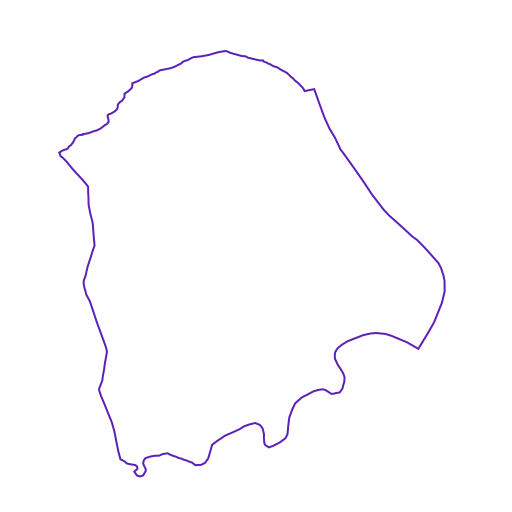 Oussouye, Ziguinchor, Senegal, rotated 84°
{"feature_id": "50182788B11051302290888", "entity_name": "Oussouye", "entity_type": "district", "adm_level": 2, "iso_a3": "SEN", "parent_name": "Senegal", "parent_adm1": "Ziguinchor", "projection": "mercator", "projection_center": [-16.597, 12.494], "detail": "fine", "context": "isolated", "style": "outline", "palette": "violet", "viewbox_px": 512, "rotation_deg": 84, "n_neighbors": 0, "source": "geoboundaries", "source_scale": "gbopen_adm2", "svg_char_len": 3550}
<svg xmlns="http://www.w3.org/2000/svg" viewBox="0 0 512 512"><g transform="rotate(84 256 256)"><path d="M96.1,180.7L96.5,184.5L97.1,190.3L93.5,192.0L88.4,196.0L85.4,199.1L82.8,200.9L82.0,202.0L77.1,206.1L73.4,211.7L70.5,215.2L69.1,218.8L66.5,222.3L65.7,224.2L65.1,224.6L63.3,228.2L62.2,228.6L62.0,231.6L57.9,243.4L56.5,245.1L55.4,249.9L51.1,260.7L49.5,263.2L48.9,265.3L49.4,272.5L51.1,281.8L51.7,289.4L51.7,297.0L52.1,298.9L54.1,303.6L54.3,305.5L55.4,308.8L56.7,310.3L59.4,317.6L60.3,321.3L61.3,332.3L62.8,335.0L63.1,336.4L64.1,338.1L64.4,340.4L66.4,345.9L66.7,348.4L69.7,354.9L71.3,361.0L73.9,361.2L75.7,361.8L78.5,365.3L80.9,369.8L84.6,370.3L87.9,373.4L88.5,374.9L90.8,377.5L94.0,378.1L95.7,379.1L97.3,381.2L99.2,385.2L99.6,387.3L100.4,388.8L101.8,389.0L105.4,388.4L107.2,388.6L109.1,390.4L109.7,391.4L109.8,392.3L113.0,397.3L114.6,401.6L114.7,403.2L116.4,410.0L116.7,415.5L117.3,415.6L117.3,419.4L118.1,421.1L118.9,421.8L120.3,424.1L121.5,424.4L124.4,426.5L126.5,428.6L127.4,430.4L129.4,432.0L130.0,433.2L130.5,436.3L131.4,438.6L132.4,439.9L132.1,440.0L132.2,440.4L132.8,440.9L135.0,440.1L136.0,440.1L138.3,437.7L142.3,434.6L149.9,429.6L162.5,420.3L167.2,417.1L169.3,415.8L171.7,415.9L175.4,416.3L178.8,416.4L185.0,416.9L188.1,417.1L196.1,416.4L205.8,415.0L209.2,415.0L212.5,415.1L219.9,415.4L225.4,415.4L228.9,415.5L233.1,417.6L240.4,420.7L245.0,422.8L249.9,424.9L257.6,427.5L262.6,429.9L265.9,430.3L269.3,430.0L272.5,429.4L276.3,428.9L283.6,426.0L292.9,423.9L304.9,421.3L330.4,414.9L333.5,414.4L336.1,414.3L338.1,414.9L341.2,415.8L347.2,417.6L352.5,418.8L359.6,420.9L363.9,421.9L371.8,426.0L373.9,425.9L379.2,424.7L389.1,421.7L394.5,420.2L405.8,416.9L415.5,415.2L424.7,414.4L434.7,413.5L443.9,412.1L446.7,408.0L448.0,406.8L448.9,406.0L449.7,403.6L450.3,401.6L450.4,401.3L451.2,398.1L452.2,396.9L453.1,396.3L455.0,396.1L456.0,396.8L456.6,398.3L457.8,399.6L461.1,397.7L461.9,397.2L462.5,395.8L463.1,394.4L462.4,391.1L460.9,390.1L458.4,388.2L456.4,387.9L452.9,389.3L450.6,389.9L447.8,389.1L445.5,387.1L444.4,382.1L444.1,377.8L444.4,373.1L443.8,371.2L443.2,369.4L443.0,364.4L443.4,363.8L444.5,362.4L445.4,360.4L446.3,359.1L447.0,357.0L448.0,355.4L448.6,354.3L449.2,352.8L450.0,350.7L450.4,350.2L450.9,349.5L451.4,348.0L452.1,346.5L452.7,345.5L453.0,344.8L453.5,344.0L454.0,342.7L454.4,342.0L454.7,341.3L456.6,339.3L457.7,338.2L457.9,333.9L458.0,332.6L456.5,328.4L452.2,324.6L442.1,320.5L441.5,320.3L439.1,319.3L437.5,316.6L435.8,313.8L433.7,309.7L431.5,305.7L428.8,297.2L426.6,290.6L424.2,285.8L422.9,280.6L422.0,274.3L424.3,270.0L426.5,268.3L428.9,267.3L434.3,266.7L437.9,267.2L440.1,267.2L442.2,267.3L444.4,267.0L446.0,265.3L447.7,263.1L446.5,258.5L443.8,251.6L440.4,245.9L436.8,243.4L430.5,242.1L425.3,241.0L420.2,239.8L413.1,236.4L411.9,235.7L406.6,232.4L401.5,225.3L398.7,218.1L396.6,212.9L395.8,208.5L395.5,204.0L396.4,201.1L401.0,195.4L401.1,193.2L400.6,190.8L400.5,187.1L397.1,184.0L393.5,182.7L390.5,181.4L386.0,180.6L382.3,181.4L377.7,183.4L372.6,186.1L366.8,188.1L363.9,188.2L359.9,187.3L356.5,184.7L353.4,180.2L350.3,173.7L345.9,157.6L345.1,150.6L345.1,144.9L347.0,135.5L349.5,129.7L353.9,121.6L357.3,115.3L362.5,108.1L365.3,104.3L349.9,92.5L340.5,85.8L322.0,76.0L311.0,72.1L300.6,71.1L294.9,71.6L287.2,73.3L282.1,75.3L275.1,80.3L264.9,87.7L257.0,94.0L256.9,94.1L252.6,98.9L245.4,105.1L236.0,113.5L229.4,119.6L223.4,124.1L207.2,134.1L192.6,141.7L177.6,150.0L161.6,159.1L161.0,159.5L159.0,160.8L158.7,160.9L146.8,165.0L137.0,169.6L125.6,173.4L112.9,176.6L101.4,179.4L96.1,180.7Z" fill="none" stroke="#5b21b6" stroke-width="2"/></g></svg>